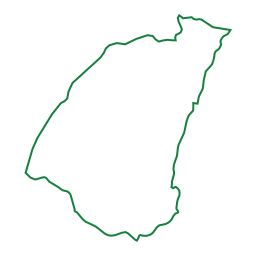 SVG path tracing the border of Guidimaka
{"feature_id": "MRT-2790", "entity_name": "Guidimaka", "entity_type": "Region", "adm_level": 1, "iso_a3": "MRT", "parent_name": "Mauritania", "parent_adm1": "", "projection": "albers", "projection_center": [-12.01, 15.395], "detail": "fine", "context": "isolated", "style": "outline", "palette": "green", "viewbox_px": 256, "rotation_deg": 0, "n_neighbors": 0, "source": "natural_earth", "source_scale": "10m", "svg_char_len": 1747}
<svg xmlns="http://www.w3.org/2000/svg" viewBox="0 0 256 256"><path d="M34.8,179.4L30.4,177.5L25.6,172.8L32.5,149.0L37.5,137.8L51.9,114.4L60.9,103.1L64.5,101.2L67.3,98.4L68.5,91.6L72.5,83.0L100.5,57.5L103.9,52.7L105.9,48.4L109.5,45.2L116.9,43.1L125.2,44.3L136.3,38.9L147.7,35.2L152.7,36.0L155.9,39.7L159.0,41.6L163.2,40.4L167.7,39.8L172.2,40.3L175.7,40.3L175.2,37.5L176.1,34.8L178.4,33.8L180.7,32.3L181.9,29.5L180.5,25.7L178.7,22.0L177.8,18.1L179.2,15.4L181.1,16.6L183.0,18.3L191.6,17.2L193.7,19.0L196.5,19.6L199.0,19.1L201.4,19.5L212.9,27.2L230.4,30.0L227.8,34.0L223.5,36.3L221.7,38.4L220.5,41.0L220.7,42.9L221.2,44.5L219.2,48.7L215.5,51.5L214.5,53.7L214.4,56.0L213.5,60.1L212.0,64.4L205.8,71.4L203.8,79.9L202.8,88.6L198.9,96.5L197.5,103.7L193.3,103.0L193.3,108.9L193.0,110.7L188.8,115.3L186.7,120.8L184.1,132.9L178.6,144.8L177.9,147.6L177.0,155.7L173.9,164.8L173.5,168.4L173.6,170.0L174.1,172.3L174.0,174.1L172.1,181.0L171.7,186.1L171.4,187.0L173.0,188.2L174.1,187.8L175.0,187.0L176.0,187.0L177.9,188.6L179.2,190.5L179.6,192.9L179.3,196.0L178.0,198.7L177.2,201.7L176.4,207.9L176.5,208.9L176.9,209.7L178.1,211.3L178.1,212.4L177.2,213.0L176.0,213.3L175.3,213.6L174.8,214.4L173.9,215.3L173.1,216.4L172.4,218.0L171.1,220.2L168.7,222.4L165.7,224.0L159.1,225.4L156.7,227.5L152.8,232.9L149.9,234.9L146.7,235.8L143.4,235.8L140.3,235.0L139.1,235.9L138.2,238.6L136.9,240.6L135.1,239.7L128.1,233.4L125.6,232.1L122.1,232.7L115.0,235.2L111.4,235.7L107.8,235.1L104.9,233.7L95.8,226.5L85.4,221.6L82.6,219.1L77.0,212.4L74.7,211.1L74.6,209.2L70.8,195.6L70.1,193.9L68.6,192.3L66.9,191.3L63.0,190.4L61.3,189.4L58.4,187.2L49.4,181.8L47.2,179.1L45.9,177.8L44.4,177.2L41.9,177.6L36.7,179.2L35.0,179.4L34.8,179.4Z" fill="none" stroke="#15803d" stroke-width="2"/></svg>